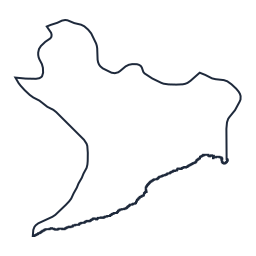 Distrito Nacional, Distrito Nacional, Dominican Republic (orthographic projection)
{"feature_id": "3306468B63097535879723", "entity_name": "Distrito Nacional", "entity_type": "district", "adm_level": 2, "iso_a3": "DOM", "parent_name": "Dominican Republic", "parent_adm1": "Distrito Nacional", "projection": "orthographic", "projection_center": [-69.932, 18.483], "detail": "fine", "context": "isolated", "style": "outline", "palette": "slate", "viewbox_px": 256, "rotation_deg": 0, "n_neighbors": 0, "source": "geoboundaries", "source_scale": "gbopen_adm2", "svg_char_len": 5862}
<svg xmlns="http://www.w3.org/2000/svg" viewBox="0 0 256 256"><path d="M32.8,236.0L34.3,236.0L34.3,235.5L35.3,235.5L35.3,235.0L36.2,235.0L36.2,234.5L37.1,234.5L37.1,234.1L38.0,234.1L38.0,233.6L38.5,233.6L38.5,233.1L39.9,233.1L39.9,232.6L40.8,232.6L40.8,232.1L41.3,232.1L41.3,231.6L42.2,231.6L42.2,231.1L42.7,231.1L42.7,230.6L44.1,230.6L44.1,230.1L44.5,230.1L44.5,229.7L45.5,229.7L45.5,229.2L49.6,229.2L49.6,228.7L51.0,228.7L51.0,228.2L52.0,228.2L52.0,228.7L53.8,228.7L53.8,229.2L55.2,229.2L55.2,229.7L57.5,229.7L57.5,229.2L58.5,229.2L58.5,228.7L62.2,228.7L62.2,229.2L64.5,229.2L64.5,228.7L65.4,228.7L65.4,228.2L66.3,228.2L66.3,227.7L67.3,227.7L67.3,227.2L68.7,227.2L68.7,226.7L69.1,226.7L69.1,227.2L70.5,227.2L70.5,226.7L72.4,226.7L72.4,226.2L72.8,226.2L72.8,225.7L73.3,225.7L73.3,225.3L75.2,225.3L75.2,224.8L78.9,224.8L78.9,224.3L79.3,224.3L79.3,223.8L79.8,223.8L79.8,223.3L81.2,223.3L81.2,222.8L84.4,222.8L84.4,222.3L84.9,222.3L84.9,221.8L85.8,221.8L85.8,221.3L86.8,221.3L86.8,220.9L88.6,220.9L88.6,221.3L89.6,221.3L89.6,220.9L90.5,220.9L90.5,220.4L90.9,220.4L90.9,219.9L91.9,219.9L91.9,219.4L92.8,219.4L92.8,218.9L93.3,218.9L93.3,218.4L94.7,218.4L94.7,218.9L96.1,218.9L96.1,219.4L97.0,219.4L97.0,218.9L97.4,218.9L97.4,218.4L97.9,218.4L97.9,217.9L100.7,217.9L100.7,217.4L102.5,217.4L102.5,217.9L103.5,217.9L103.5,217.4L104.4,217.4L104.4,216.9L105.3,216.9L105.3,216.5L107.2,216.5L107.2,216.0L110.0,216.0L110.0,215.5L110.4,215.5L110.4,215.0L111.4,215.0L111.4,214.5L111.8,214.5L111.8,214.0L112.8,214.0L112.8,213.5L114.1,213.5L114.1,213.0L116.9,213.0L116.9,212.1L117.9,212.1L117.9,211.1L118.3,211.1L118.3,210.6L119.3,210.6L119.3,210.1L119.7,210.1L119.7,209.6L121.6,209.6L121.6,209.1L124.4,209.1L124.4,208.6L125.8,208.6L125.8,208.1L126.7,208.1L126.7,207.7L127.1,207.7L127.1,207.2L127.6,207.2L127.6,206.7L128.1,206.7L128.1,206.2L129.0,206.2L129.0,205.7L129.5,205.7L129.5,205.2L129.9,205.2L129.9,204.7L132.2,204.7L132.2,204.2L133.2,204.2L133.2,203.7L135.0,203.7L135.0,203.2L136.0,203.2L136.0,201.8L136.4,201.8L136.4,201.3L136.9,201.3L136.9,199.8L137.8,199.8L137.8,199.3L138.3,199.3L138.3,198.4L139.2,198.4L139.2,197.9L139.7,197.9L139.7,196.9L141.5,196.9L141.5,195.9L142.9,195.9L142.9,195.4L143.9,195.4L143.9,193.5L144.3,193.5L144.3,193.0L144.8,193.0L144.8,192.5L145.2,192.5L145.2,192.0L146.6,192.0L146.6,191.5L146.2,191.5L146.2,191.0L145.7,191.0L145.7,190.5L146.2,190.5L146.2,190.0L145.7,190.0L145.7,187.6L146.2,187.6L146.2,186.6L146.6,186.6L146.6,186.1L147.1,186.1L147.1,185.1L147.6,185.1L147.6,184.7L148.0,184.7L148.0,184.2L148.5,184.2L148.5,183.7L149.0,183.7L149.0,183.2L149.4,183.2L149.4,182.7L149.9,182.7L149.9,182.2L150.3,182.2L150.3,181.7L151.3,181.7L151.3,181.2L151.7,181.2L151.7,180.7L152.7,180.7L152.7,180.3L153.1,180.3L153.1,179.8L154.1,179.8L154.1,179.3L156.8,179.3L156.8,178.8L157.8,178.8L157.8,178.3L158.2,178.3L158.2,177.8L158.7,177.8L158.7,177.3L159.2,177.3L159.2,176.8L160.6,176.8L160.6,176.3L162.0,176.3L162.0,175.9L162.9,175.9L162.9,175.4L164.7,175.4L164.7,174.9L166.1,174.9L166.1,174.4L167.1,174.4L167.1,173.9L167.5,173.9L167.5,173.4L169.8,173.4L169.8,172.9L170.3,172.9L170.3,172.4L171.2,172.4L171.2,171.9L172.2,171.9L172.2,171.5L173.1,171.5L173.1,171.0L173.6,171.0L173.6,170.5L174.0,170.5L174.0,171.0L174.9,171.0L174.9,170.5L176.8,170.5L176.8,170.0L177.3,170.0L177.3,169.0L177.7,169.0L177.7,168.5L180.1,168.5L180.1,169.0L181.4,169.0L181.4,168.5L181.9,168.5L181.9,168.0L182.8,168.0L182.8,167.5L184.2,167.5L184.2,167.0L185.2,167.0L185.2,167.5L186.1,167.5L186.1,167.0L187.0,167.0L187.0,166.6L187.9,166.6L187.9,166.1L188.4,166.1L188.4,165.6L189.3,165.6L189.3,165.1L190.3,165.1L190.3,164.6L191.2,164.6L191.2,164.1L192.1,164.1L192.1,163.6L193.0,163.6L193.0,163.1L194.4,163.1L194.4,162.6L195.4,162.6L195.4,162.1L195.8,162.1L195.8,161.7L196.3,161.7L196.3,160.7L196.7,160.7L196.7,160.2L197.2,160.2L197.2,159.7L198.1,159.7L198.1,159.2L198.6,159.2L198.6,158.7L199.5,158.7L199.5,158.2L200.0,158.2L200.0,156.8L200.9,156.8L200.9,156.3L201.9,156.3L201.9,155.8L202.8,155.8L202.8,155.3L203.2,155.3L203.2,154.8L203.7,154.8L203.7,155.3L204.2,155.3L204.2,154.8L208.3,154.8L208.3,155.8L209.3,155.8L209.3,156.3L210.2,156.3L210.2,155.8L210.7,155.8L210.7,155.3L212.1,155.3L212.1,155.8L213.9,155.8L213.9,156.8L213.0,156.8L213.0,158.2L213.5,158.2L213.5,157.3L216.2,157.3L216.2,156.8L219.5,156.8L219.5,157.3L220.9,157.3L220.9,157.7L221.8,157.7L221.8,158.7L222.3,158.7L222.3,159.2L221.3,159.2L221.3,159.7L221.8,159.7L221.8,161.7L222.3,161.7L222.3,162.1L222.7,162.1L222.7,163.1L224.1,163.1L224.1,163.6L224.6,163.6L224.6,163.1L225.5,163.1L225.5,162.6L226.0,162.6L226.0,162.1L226.9,162.1L226.9,160.7L227.8,160.7L227.8,159.2L228.3,159.2L226.6,159.0L226.4,128.8L227.0,122.3L228.2,118.8L229.6,116.8L235.0,110.2L239.7,101.5L240.5,99.5L240.6,96.1L239.9,93.8L238.6,91.6L236.2,88.7L231.5,84.3L227.3,81.3L223.8,80.1L215.6,79.2L212.1,78.4L205.2,74.9L199.7,72.7L190.5,80.8L187.5,82.9L185.2,83.8L182.8,84.3L176.4,84.6L168.6,84.4L163.6,83.7L161.4,82.9L152.3,78.5L144.5,73.4L143.3,71.9L141.8,67.5L140.7,65.9L138.9,64.8L136.9,64.2L132.3,64.1L128.8,64.8L125.6,66.4L120.1,71.0L118.2,72.3L114.8,73.2L111.5,72.7L102.8,68.4L100.3,66.3L99.0,64.5L98.1,62.3L97.6,59.8L97.2,48.3L96.8,45.8L96.1,43.5L91.2,33.4L88.1,29.6L84.3,26.3L81.1,24.7L74.3,23.1L67.5,20.3L65.2,20.0L62.0,20.6L57.3,22.8L50.7,24.9L46.8,26.5L51.1,32.8L51.6,34.8L51.4,36.8L50.3,38.4L45.3,41.8L40.9,46.0L39.0,49.0L38.2,52.5L38.2,54.9L38.6,57.2L39.4,59.3L41.9,64.1L42.9,67.8L43.1,72.7L42.1,76.1L41.4,77.0L39.4,78.2L36.0,78.8L25.8,78.6L15.4,77.6L18.6,83.1L20.6,85.7L24.6,90.1L29.7,94.9L33.3,97.5L39.4,100.6L47.3,106.8L53.4,109.9L56.2,112.1L84.0,139.8L86.6,143.8L87.3,146.0L87.8,152.9L87.7,161.1L87.4,164.6L86.6,167.9L83.5,173.6L81.8,177.8L78.5,183.5L76.8,187.7L73.6,193.4L71.2,198.6L69.1,201.4L65.8,204.9L55.3,214.9L52.4,216.8L38.3,223.3L35.7,225.3L34.4,227.0L33.3,229.9L32.8,236.0Z" fill="none" stroke="#1e293b" stroke-width="2"/></svg>